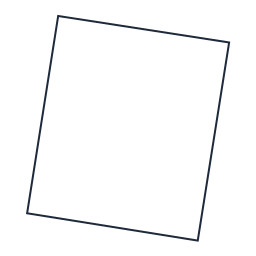 Johnson, Nebraska, United States of America, rotated 279°
{"feature_id": "52423323B53057629068436", "entity_name": "Johnson", "entity_type": "district", "adm_level": 2, "iso_a3": "USA", "parent_name": "United States of America", "parent_adm1": "Nebraska", "projection": "albers", "projection_center": [-96.305, 40.393], "detail": "fine", "context": "isolated", "style": "outline", "palette": "slate", "viewbox_px": 256, "rotation_deg": 279, "n_neighbors": 0, "source": "geoboundaries", "source_scale": "gbopen_adm2", "svg_char_len": 221}
<svg xmlns="http://www.w3.org/2000/svg" viewBox="0 0 256 256"><g transform="rotate(279 128 128)"><path d="M27.7,214.5L228.3,214.5L227.7,41.5L28.0,41.7L27.7,214.5Z" fill="none" stroke="#1e293b" stroke-width="2"/></g></svg>